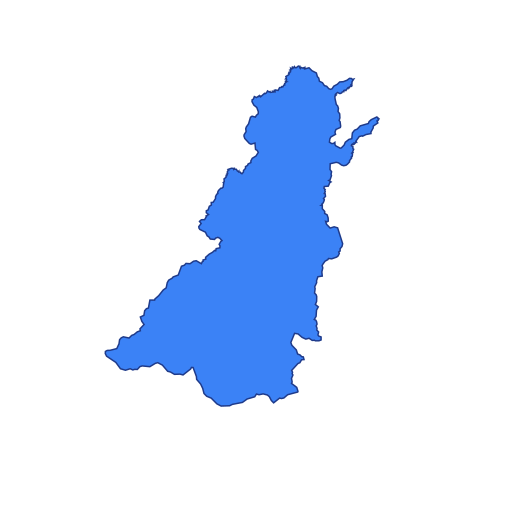 the district of El Carmen De Viboral, Antioquia, Colombia, rotated 56°
{"feature_id": "7082276B81226439433985", "entity_name": "El Carmen De Viboral", "entity_type": "district", "adm_level": 2, "iso_a3": "COL", "parent_name": "Colombia", "parent_adm1": "Antioquia", "projection": "albers", "projection_center": [-75.289, 5.979], "detail": "fine", "context": "isolated", "style": "filled", "palette": "blue", "viewbox_px": 512, "rotation_deg": 56, "n_neighbors": 0, "source": "geoboundaries", "source_scale": "gbopen_adm2", "svg_char_len": 6098}
<svg xmlns="http://www.w3.org/2000/svg" viewBox="0 0 512 512"><g transform="rotate(56 256 256)"><path d="M208.3,78.1L207.4,84.2L207.8,87.1L209.0,88.7L206.4,96.8L207.4,101.1L206.8,104.0L207.9,107.3L212.3,111.0L211.3,113.7L211.6,118.3L213.3,120.9L214.1,124.8L213.7,125.9L209.2,128.3L207.9,128.3L205.9,127.1L206.0,128.8L205.2,130.3L202.7,131.5L200.2,129.3L199.2,127.4L199.6,122.0L197.5,121.3L195.8,119.0L196.6,114.2L195.7,113.2L191.7,111.2L190.2,111.3L188.4,109.2L184.9,107.1L182.1,107.2L179.7,105.1L177.3,104.4L175.3,104.7L169.8,102.5L167.8,101.4L167.4,99.6L166.8,100.2L166.4,99.8L166.0,97.0L168.3,95.6L168.7,93.8L168.2,92.7L168.9,91.2L167.9,90.7L168.3,89.3L169.1,89.0L167.9,85.8L168.1,84.7L168.7,85.0L168.0,82.7L168.7,82.1L168.6,81.5L167.9,81.9L167.7,81.1L167.1,81.3L167.1,80.4L165.2,78.9L164.0,76.1L163.6,77.3L162.2,77.6L161.0,79.2L161.2,82.1L160.3,86.1L158.5,89.3L159.1,92.5L158.7,96.6L159.9,99.4L159.5,101.0L158.0,102.1L154.8,102.5L153.0,104.0L149.5,104.0L146.6,105.7L143.6,104.5L141.6,104.8L138.0,103.6L133.7,106.0L129.6,106.8L128.3,110.6L127.1,110.1L127.5,111.2L126.6,111.1L126.4,112.1L125.0,113.1L125.3,114.2L123.7,113.7L123.9,114.3L122.9,114.0L122.2,114.7L122.4,117.4L121.8,118.2L120.5,118.2L121.0,119.2L119.9,120.0L120.7,120.3L120.3,121.2L121.0,121.1L120.7,122.2L119.9,122.4L120.9,122.9L120.8,123.9L121.7,123.6L122.7,124.6L122.1,125.7L122.8,126.8L123.5,126.5L124.0,127.6L123.9,130.9L125.4,131.3L125.7,132.4L126.1,131.9L127.1,132.1L127.7,133.5L128.3,133.2L127.9,133.9L128.7,133.9L129.1,135.9L130.3,136.6L129.9,137.5L130.8,139.2L130.0,139.9L130.4,140.6L129.6,142.3L131.1,145.1L129.1,147.2L130.3,148.3L129.3,148.5L129.8,149.0L129.0,149.8L129.8,149.8L128.5,152.5L127.5,152.4L127.4,153.4L125.6,154.1L126.6,156.1L126.5,157.8L125.9,158.0L126.6,163.0L125.9,162.8L125.5,164.2L124.9,163.8L124.9,167.0L122.9,168.2L124.5,170.5L124.3,171.8L125.8,173.0L129.7,173.4L133.3,172.3L137.7,173.4L139.3,174.6L139.6,177.1L140.5,178.8L137.9,181.1L137.9,183.0L142.3,188.3L143.6,191.9L144.8,193.4L147.3,194.6L148.8,198.0L149.8,198.9L152.3,199.6L158.9,198.6L160.5,197.6L161.8,193.7L167.4,196.8L169.1,196.0L171.4,196.2L173.1,200.1L172.9,204.5L174.3,207.1L175.7,208.0L175.3,211.1L176.2,212.4L176.0,214.7L177.5,215.7L178.1,218.5L179.4,219.5L180.1,222.2L179.5,221.5L178.9,222.2L177.6,222.2L176.7,223.3L176.0,222.8L176.1,223.4L175.1,223.9L173.1,223.8L172.1,225.3L171.5,225.0L171.7,226.1L170.7,225.8L169.5,227.3L168.6,230.8L169.3,230.7L169.0,231.3L169.3,231.0L170.3,232.9L171.6,233.2L171.7,234.5L172.3,234.2L173.1,235.4L172.8,236.0L174.0,236.9L174.2,239.4L176.6,240.7L176.8,242.1L177.5,242.0L180.6,244.8L180.7,246.5L180.1,247.2L180.7,250.4L181.7,252.1L182.9,252.7L182.8,254.0L184.1,256.3L185.8,257.5L187.5,261.5L186.6,263.2L188.8,264.5L188.7,266.9L191.0,269.9L190.7,271.9L192.3,273.0L195.1,272.2L194.9,275.0L195.5,274.9L197.1,278.3L195.4,281.0L195.7,283.5L198.4,283.3L199.6,287.0L201.0,287.7L202.6,287.7L208.0,284.6L212.0,285.2L213.8,284.4L216.4,284.4L219.1,281.1L218.6,279.5L219.2,277.2L221.0,276.1L224.2,275.6L224.2,276.9L225.7,280.0L227.5,280.2L229.0,281.4L227.6,284.9L229.1,286.5L228.2,287.2L228.6,290.1L228.3,293.7L228.9,298.5L230.5,299.4L229.7,302.1L230.8,302.7L230.6,303.5L231.8,305.6L226.5,308.2L225.4,310.7L225.5,315.0L223.0,318.2L223.6,320.5L222.8,323.5L228.3,331.1L227.0,336.4L227.5,337.9L227.2,341.9L228.5,344.5L232.2,348.3L232.3,351.9L234.5,358.9L235.1,363.8L235.9,364.7L233.2,368.6L239.0,374.3L238.4,376.3L239.1,378.9L242.5,382.1L241.9,386.0L246.4,387.2L250.2,387.1L251.5,392.9L253.3,393.7L252.5,396.8L252.9,401.0L252.3,403.4L253.0,407.1L248.8,411.2L248.5,413.6L249.1,415.9L252.2,418.7L254.9,423.2L252.6,429.7L251.1,432.1L250.9,434.2L252.6,435.5L255.5,435.9L265.8,431.7L273.7,431.4L277.7,428.1L279.1,423.4L281.6,421.8L282.1,420.0L283.7,417.8L282.8,414.1L283.5,411.8L288.4,405.9L288.7,399.5L289.5,397.1L294.1,394.6L302.2,393.7L304.3,391.8L308.5,389.8L311.4,385.1L313.8,383.0L313.1,373.4L312.3,371.8L313.3,370.5L322.6,372.8L325.1,374.2L331.2,373.5L335.9,374.2L340.9,376.0L344.7,375.3L348.8,372.6L356.7,371.1L360.9,368.8L365.4,361.6L365.8,358.5L369.8,349.1L369.6,343.3L372.0,335.8L370.7,332.8L372.7,331.1L374.3,327.2L377.6,324.3L380.0,323.6L384.4,324.1L387.6,323.5L387.0,315.9L388.4,314.6L389.3,312.3L388.7,307.3L392.1,297.5L391.7,296.9L387.7,295.7L381.5,297.8L380.7,296.5L377.3,295.0L375.3,291.9L373.8,291.9L372.8,290.7L370.8,290.4L368.6,281.4L369.0,279.3L367.5,276.3L368.7,274.1L366.1,273.2L365.0,274.4L362.7,274.8L360.5,276.3L356.4,275.1L350.1,276.2L347.2,275.5L341.7,267.3L344.1,264.7L349.2,263.3L352.7,261.2L353.9,258.0L357.4,256.6L358.6,254.6L359.5,254.2L361.5,251.2L362.0,249.0L359.5,247.3L357.4,248.8L356.1,248.8L354.0,246.6L351.4,247.0L350.0,245.8L347.6,245.2L346.6,243.5L344.3,242.5L342.7,242.3L341.2,243.2L339.6,239.9L334.7,236.1L333.0,232.8L329.4,233.9L327.5,231.1L323.5,228.3L321.7,227.8L319.5,228.2L316.1,225.2L314.4,224.6L312.0,220.6L310.4,219.7L307.8,216.3L309.7,212.3L306.0,210.3L303.2,207.3L300.9,206.5L300.3,205.4L298.9,201.7L299.2,198.4L298.6,197.3L300.7,194.8L302.0,189.8L301.9,188.0L300.5,185.5L298.9,185.2L298.9,183.5L297.0,182.2L296.2,179.4L294.3,177.3L278.3,172.6L275.5,174.9L274.3,178.9L269.1,179.8L266.2,178.9L267.4,177.9L267.5,176.6L264.8,174.9L261.6,174.0L259.1,175.3L257.5,174.1L253.9,174.6L251.1,172.7L250.5,173.5L250.5,172.4L249.8,172.3L249.5,170.5L248.2,168.6L247.4,167.8L246.1,167.9L245.4,165.0L242.7,163.7L242.3,164.3L241.2,162.5L239.8,162.2L239.6,161.5L237.8,161.8L236.6,160.5L238.5,157.0L236.4,153.7L236.5,152.4L234.1,153.4L234.4,152.2L231.6,148.5L230.1,148.0L228.4,146.2L225.7,146.3L221.0,142.9L223.2,137.1L224.9,135.5L228.5,134.2L230.2,132.8L231.1,130.6L231.0,128.8L230.3,125.8L229.3,125.2L228.2,121.9L227.2,121.7L227.1,120.4L225.2,118.8L224.3,119.1L224.4,117.7L223.8,117.8L222.1,115.3L221.2,115.6L219.4,114.5L217.9,115.3L217.1,114.4L217.2,113.2L217.9,113.2L218.2,112.4L218.1,111.6L217.2,111.5L217.9,110.3L217.1,109.5L217.7,109.0L216.6,108.8L214.7,103.6L215.7,100.8L216.3,100.6L216.8,96.9L218.8,92.2L217.5,91.4L215.4,87.3L213.9,86.1L213.8,80.6L211.7,80.2L211.9,79.1L211.1,77.4L210.3,78.1L209.6,77.6L208.3,78.1Z" fill="#3b82f6" stroke="#1e3a8a" stroke-width="1.5"/></g></svg>